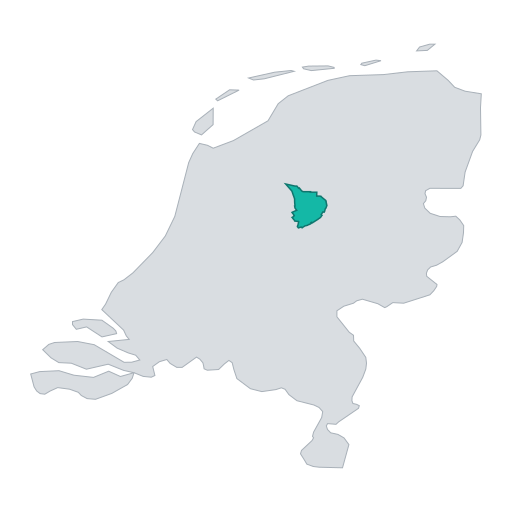 Dronten, Flevoland, Netherlands shown in context
{"feature_id": "6326949B76568763288837", "entity_name": "Dronten", "entity_type": "district", "adm_level": 2, "iso_a3": "NLD", "parent_name": "Netherlands", "parent_adm1": "Flevoland", "projection": "equal_earth", "projection_center": [5.68, 52.514], "detail": "fine", "context": "in_parent", "style": "filled", "palette": "teal", "viewbox_px": 512, "rotation_deg": 0, "n_neighbors": 0, "source": "geoboundaries", "source_scale": "gbopen_adm2", "svg_char_len": 5627}
<svg xmlns="http://www.w3.org/2000/svg" viewBox="0 0 512 512"><path d="M342.5,467.8L330.5,467.5L319.2,467.2L313.3,466.5L307.0,464.2L306.9,464.2L304.1,459.5L300.5,453.8L301.5,450.4L312.0,440.6L313.6,437.8L312.5,436.4L313.6,432.1L321.7,417.5L322.7,411.6L319.1,407.5L313.9,405.0L296.9,400.7L288.9,394.6L285.1,389.3L281.4,387.8L275.8,389.6L261.8,391.6L250.4,388.7L236.9,378.6L233.9,369.6L232.2,362.7L228.9,360.4L224.4,363.9L218.6,369.5L207.3,370.2L204.1,368.8L203.6,365.8L202.9,362.8L199.8,359.1L196.5,357.1L182.1,367.4L176.8,367.4L170.1,363.4L166.8,359.5L159.4,361.7L152.7,366.5L154.9,375.5L151.3,377.2L143.2,376.4L134.0,372.7L123.7,370.4L108.2,364.2L86.4,369.2L71.3,363.2L58.8,362.6L51.0,357.8L42.7,349.7L48.8,344.4L54.6,342.5L77.6,341.5L94.2,344.7L124.1,362.3L131.7,362.2L139.8,360.0L135.7,355.2L128.2,352.9L117.1,348.1L108.2,341.5L129.2,339.4L126.3,335.9L123.6,330.1L101.8,309.6L105.6,304.1L111.3,292.3L118.3,282.5L123.8,279.9L132.9,272.9L152.7,252.6L165.3,236.0L174.8,216.4L188.7,162.6L192.8,153.5L199.4,143.4L207.5,145.3L213.2,148.2L233.4,140.6L268.0,120.8L278.2,103.7L288.2,95.8L327.8,80.4L349.6,75.7L383.3,74.6L407.7,71.8L436.9,70.8L448.1,80.3L454.7,87.3L465.1,91.2L481.3,93.8L480.5,107.6L480.9,135.0L479.7,139.8L472.6,151.4L465.1,172.1L463.1,185.8L460.8,188.4L429.9,188.3L425.6,190.7L425.0,193.7L426.5,197.2L425.8,200.7L423.4,203.6L424.8,208.1L430.2,213.3L440.0,216.5L450.4,216.8L455.8,216.2L459.8,219.9L463.7,225.6L463.5,232.7L462.1,242.4L457.2,251.3L443.0,261.6L436.6,265.2L430.6,267.0L427.7,269.8L426.4,273.2L426.7,276.3L437.0,284.5L436.7,286.4L433.8,290.7L429.9,294.8L403.7,303.2L392.8,302.6L386.6,306.8L384.7,307.6L377.8,303.7L362.4,299.2L356.7,300.8L353.5,303.2L343.8,306.2L336.9,310.8L336.9,316.8L349.2,332.2L353.5,335.3L353.7,341.0L359.7,348.3L365.8,357.4L366.5,363.2L365.8,369.1L362.7,377.4L352.1,396.9L351.9,400.6L352.9,403.5L356.5,404.3L359.3,405.7L358.5,408.3L338.6,421.9L336.0,424.3L327.6,423.6L326.3,425.9L327.5,429.5L330.7,432.8L337.9,434.4L344.0,437.9L348.9,444.6L342.5,467.8ZM134.0,372.7L132.2,378.3L127.6,384.5L111.8,393.4L95.5,399.3L87.1,398.6L81.3,395.5L78.3,392.3L69.6,389.2L57.7,387.6L50.2,391.0L44.8,394.2L40.1,393.6L36.7,391.0L34.1,386.9L30.7,374.0L39.7,371.6L59.0,370.7L73.9,375.2L93.5,377.4L108.7,371.2L120.4,376.5L134.0,372.7ZM101.9,320.2L113.3,328.3L115.8,330.9L116.6,333.6L102.0,336.9L86.6,326.9L76.3,329.3L72.5,324.6L72.5,321.6L83.2,319.1L101.9,320.2ZM213.1,124.6L201.5,134.9L194.6,132.0L192.5,129.6L196.1,121.6L213.2,108.2L213.1,124.6ZM264.3,78.8L253.5,80.0L248.6,78.0L274.7,72.2L291.1,70.5L294.1,71.3L264.3,78.8ZM334.2,68.3L311.4,70.6L303.6,68.8L302.4,67.1L308.6,66.1L328.1,65.9L334.1,67.4L334.2,68.3ZM239.1,90.1L217.6,100.8L215.8,99.1L229.6,89.8L239.1,90.1ZM427.3,50.4L416.6,50.9L419.6,47.0L429.6,44.2L434.9,44.2L427.3,50.4ZM381.0,60.7L364.8,65.7L360.8,64.6L361.8,63.2L376.0,60.1L381.0,60.7Z" fill="#d9dde1" stroke="#a8b0b8" stroke-width="1"/><path d="M298.4,227.9L298.8,227.8L300.3,227.3L301.2,227.0L301.8,227.4L302.1,227.8L302.5,227.5L302.9,227.2L303.5,226.8L304.0,226.5L305.1,225.8L305.9,225.7L306.3,225.6L307.0,225.4L307.5,225.3L307.7,225.2L308.5,224.6L309.4,224.3L309.5,224.4L309.9,224.2L310.3,224.0L310.9,223.6L311.0,223.4L311.6,223.1L311.1,222.5L311.6,222.3L312.1,222.9L312.3,222.9L312.7,222.7L312.9,222.5L313.1,222.2L313.9,221.9L314.2,221.7L314.5,221.4L314.9,221.2L315.1,221.1L315.7,220.7L316.2,220.4L316.6,220.1L317.0,219.9L317.4,219.6L317.5,219.6L317.9,219.4L318.1,219.2L318.3,218.9L318.5,218.8L318.8,218.6L319.4,218.2L319.6,218.2L319.9,217.9L320.1,217.7L320.5,217.4L320.7,217.2L321.6,215.8L322.0,215.4L321.2,214.6L321.4,214.3L321.7,213.8L322.2,213.0L322.8,212.2L323.0,211.9L324.1,212.2L324.3,211.7L324.7,211.2L324.7,210.9L324.9,210.2L325.1,209.4L325.3,208.7L326.0,208.0L326.0,207.8L326.0,207.7L326.2,207.3L326.4,206.8L326.7,206.0L326.7,205.7L326.9,205.3L326.8,205.1L326.6,204.8L326.7,204.6L326.6,204.4L326.4,203.8L326.5,203.4L326.3,202.8L326.2,202.6L326.0,201.7L326.1,201.4L325.9,201.3L325.8,200.5L324.8,199.7L322.6,197.9L321.1,196.6L320.9,196.5L320.9,196.4L320.7,196.4L320.4,196.3L320.4,196.2L320.2,196.2L319.9,196.2L319.7,196.1L316.8,196.1L316.8,195.8L316.7,195.8L316.8,192.2L315.5,192.2L313.8,192.2L313.2,192.2L312.5,192.2L310.4,192.2L310.5,191.7L307.9,191.7L307.1,191.7L306.5,191.7L306.0,191.7L305.8,191.7L305.2,191.7L303.5,191.7L303.4,191.7L303.2,191.6L302.9,191.6L302.7,191.5L302.4,191.4L302.2,191.3L302.1,191.2L301.9,191.1L301.8,190.9L301.7,190.9L300.9,190.0L300.6,189.5L300.2,189.1L299.8,188.6L299.5,188.2L299.2,187.9L298.6,188.2L296.9,186.1L295.1,186.1L285.7,184.0L291.9,191.1L292.4,192.5L292.8,193.8L292.9,194.1L293.2,194.8L293.3,195.3L293.5,195.7L294.0,197.1L294.4,198.3L294.5,198.7L294.6,198.8L294.6,200.9L294.7,203.2L294.9,204.6L295.0,205.9L294.6,206.0L295.0,208.0L295.8,209.1L296.7,210.3L296.4,210.4L295.9,210.6L295.5,210.8L295.0,211.0L293.7,211.6L293.3,211.8L292.8,212.0L292.4,212.2L292.0,212.4L292.2,212.7L292.5,213.1L292.8,213.5L293.1,213.8L293.5,214.4L293.5,214.5L293.8,214.9L294.0,215.1L294.1,215.3L294.3,215.5L294.2,215.8L293.9,215.9L293.9,216.0L293.7,216.1L293.5,216.4L293.2,216.7L293.2,216.8L292.9,217.0L292.7,217.1L292.1,217.4L292.2,217.5L292.6,218.0L292.9,218.4L292.9,218.5L293.6,219.3L294.4,220.3L294.5,220.4L294.6,220.5L294.7,220.8L294.7,221.0L295.2,221.1L295.8,221.2L296.0,221.2L296.8,221.3L297.8,221.4L298.0,221.4L298.4,221.4L298.5,221.4L298.7,221.6L298.5,222.5L298.4,222.9L298.3,223.3L298.3,223.6L298.1,224.3L298.1,224.6L298.0,224.8L298.0,225.0L297.9,225.1L297.9,225.3L297.7,225.6L297.5,226.0L297.4,226.3L297.4,226.5L297.5,226.7L297.5,226.8L297.7,227.0L297.8,227.0L298.1,227.5L298.4,227.9Z" fill="#14b8a6" stroke="#0f766e" stroke-width="1.5"/></svg>